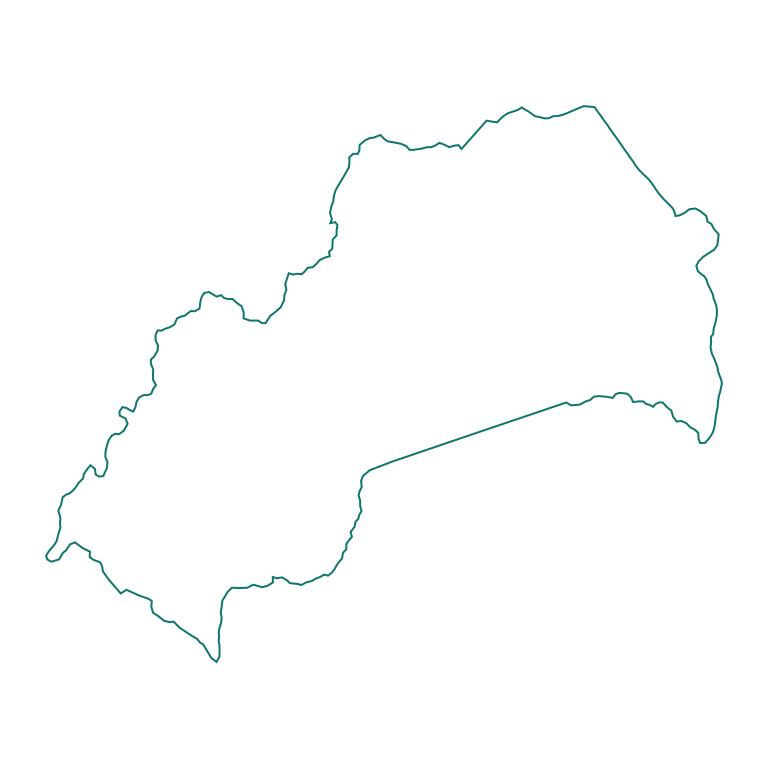 Jacaraci, Bahia, Brazil
{"feature_id": "56859067B69691333207758", "entity_name": "Jacaraci", "entity_type": "district", "adm_level": 2, "iso_a3": "BRA", "parent_name": "Brazil", "parent_adm1": "Bahia", "projection": "robinson", "projection_center": [-42.339, -14.806], "detail": "fine", "context": "isolated", "style": "outline", "palette": "teal", "viewbox_px": 768, "rotation_deg": 0, "n_neighbors": 0, "source": "geoboundaries", "source_scale": "gbopen_adm2", "svg_char_len": 4916}
<svg xmlns="http://www.w3.org/2000/svg" viewBox="0 0 768 768"><path d="M380.4,135.0L376.5,136.5L373.4,137.7L369.7,138.1L364.9,140.5L359.6,145.0L359.4,150.4L357.8,153.8L353.1,153.8L349.3,157.4L349.4,162.9L348.8,167.7L346.8,171.0L344.6,175.0L342.1,179.2L340.2,182.4L337.8,186.3L335.3,191.0L333.8,196.4L333.3,201.4L331.3,206.5L330.0,213.0L331.9,219.1L330.3,223.1L335.3,222.2L337.4,225.1L336.6,230.4L336.6,235.4L332.8,239.4L332.5,243.8L332.3,248.8L329.0,251.8L329.8,256.2L324.3,257.8L319.5,260.2L316.9,263.4L312.9,267.1L307.6,267.9L304.4,271.9L301.5,274.2L296.6,273.8L293.2,274.6L288.8,273.3L286.9,278.8L285.2,284.3L286.4,289.8L284.4,295.1L284.1,300.2L280.8,307.2L275.7,311.7L270.2,315.9L267.6,319.9L265.6,323.1L261.9,323.1L258.2,320.6L253.6,320.6L250.0,320.6L243.6,318.4L243.7,312.4L241.6,306.3L236.1,302.3L232.5,299.0L227.9,299.1L223.9,297.9L221.2,295.2L216.6,296.6L213.5,294.7L208.9,292.0L204.3,292.9L201.8,296.6L200.5,301.0L199.5,308.5L194.9,311.3L191.2,310.9L188.1,313.0L185.2,315.5L181.0,316.6L177.1,318.4L174.2,324.7L169.7,327.3L165.2,328.7L161.7,330.6L157.7,330.4L155.5,335.2L155.7,340.7L158.1,345.5L157.5,350.8L154.2,356.4L150.9,359.6L150.9,363.9L153.2,369.3L153.0,375.1L153.1,379.9L156.0,385.1L153.1,389.1L151.2,393.7L147.8,395.2L143.9,395.0L139.0,397.5L136.4,402.2L135.4,407.3L133.2,411.6L129.5,409.9L126.2,407.8L122.3,407.2L119.4,411.8L119.9,415.7L125.6,418.5L127.6,423.8L125.7,427.3L123.6,430.9L119.0,434.2L115.2,433.8L111.7,435.7L108.7,440.1L107.1,445.1L105.6,451.0L105.3,456.7L107.5,462.2L106.9,468.0L105.3,471.5L103.3,476.1L98.9,476.5L95.6,474.4L95.0,468.9L90.4,465.3L87.3,469.0L83.8,474.2L83.1,478.5L79.0,482.4L75.4,487.7L72.4,491.1L69.4,493.5L66.1,494.6L62.6,497.4L61.1,504.5L58.3,510.9L60.4,517.7L60.0,523.3L60.4,527.9L58.5,533.4L56.7,540.9L54.7,544.3L51.9,547.7L48.7,551.5L46.1,555.8L47.3,559.4L51.4,561.7L59.2,559.4L62.7,553.1L66.0,550.4L70.1,544.3L75.0,542.4L82.7,548.1L89.9,551.6L89.7,557.1L93.4,559.8L100.2,562.3L102.2,566.6L102.9,571.4L108.8,579.7L117.3,589.4L120.7,593.5L126.4,589.8L139.6,595.7L148.0,598.6L151.8,600.9L151.3,606.5L153.0,612.7L158.1,616.0L164.2,620.8L169.3,622.1L173.5,621.6L177.0,625.0L179.7,627.8L191.3,635.5L196.8,638.6L199.9,642.4L203.2,644.5L211.5,658.2L216.5,661.9L219.4,656.7L219.6,650.6L219.4,644.8L218.6,640.6L219.2,636.9L218.7,632.3L219.4,628.3L221.0,623.4L221.7,617.9L220.7,612.9L221.5,607.8L222.4,600.5L225.2,596.1L227.4,592.1L232.0,587.7L237.7,588.1L242.5,587.9L246.9,587.9L253.2,584.7L257.9,586.0L262.1,587.2L267.6,585.8L272.9,582.4L272.8,577.0L276.9,578.3L282.1,577.4L287.2,580.5L289.8,583.1L293.3,583.5L297.7,584.0L301.5,585.0L306.3,582.3L312.0,581.0L315.6,578.7L320.1,577.0L324.1,574.7L328.1,575.6L332.0,572.6L334.7,569.0L337.1,564.4L342.1,558.3L343.0,552.7L346.3,549.3L346.4,543.9L349.4,539.7L351.9,536.8L350.6,531.9L354.5,526.9L355.6,521.5L358.2,519.1L359.3,514.7L361.5,511.4L360.2,506.1L360.1,500.3L358.6,495.4L359.5,491.4L361.7,487.1L361.1,480.9L362.9,476.1L365.7,473.7L369.6,470.3L391.9,461.7L416.5,453.3L495.0,426.6L566.3,402.5L570.9,405.3L575.0,405.0L579.9,404.6L585.5,401.5L590.2,400.0L593.9,396.7L599.0,396.1L606.1,396.7L612.8,397.9L615.4,394.4L618.9,392.9L623.6,393.3L627.1,393.7L630.7,396.9L633.2,402.1L638.4,401.4L643.2,401.4L646.2,404.0L649.7,404.9L653.1,406.8L655.7,404.0L659.4,402.3L662.9,402.6L666.7,407.0L671.3,410.5L673.1,416.8L676.7,421.5L681.4,421.0L686.2,423.1L690.3,427.3L694.7,429.6L698.3,432.9L698.5,438.8L700.2,443.0L705.2,442.8L708.5,439.0L711.1,435.5L712.9,432.2L714.3,427.5L715.1,422.9L715.6,418.1L716.8,411.2L717.7,406.8L718.1,400.9L718.8,396.3L720.3,391.2L721.9,383.6L721.2,379.7L719.7,376.0L718.3,372.1L717.4,367.0L715.3,361.4L713.9,357.9L712.0,353.9L710.6,348.0L711.1,341.7L710.9,337.1L713.1,334.0L713.7,328.7L715.6,322.0L716.8,315.6L716.9,309.3L715.9,304.4L713.7,299.0L712.8,294.3L710.4,289.3L707.6,283.6L706.5,279.6L704.4,276.4L701.4,274.2L697.9,271.3L696.3,266.0L698.7,261.4L702.7,257.2L708.0,253.6L714.2,249.7L717.3,245.3L718.0,240.0L718.7,234.4L713.7,228.7L711.5,224.1L707.5,221.6L706.3,216.0L700.5,211.3L695.4,208.5L689.4,209.2L684.4,213.0L679.7,215.3L675.6,216.0L674.1,210.7L672.1,207.5L668.4,203.8L663.6,199.1L659.4,194.3L656.4,190.1L654.3,187.0L652.1,183.8L649.4,180.1L646.0,176.7L642.9,173.8L639.3,170.2L635.9,166.0L633.0,161.4L630.4,157.9L627.8,154.0L625.3,150.7L623.1,147.5L620.9,144.2L618.3,140.6L615.8,136.9L613.2,133.5L610.1,129.1L607.0,124.3L604.0,120.5L601.5,116.7L598.5,112.8L594.5,107.1L583.9,106.1L580.3,107.5L574.8,109.8L570.9,111.5L566.9,113.2L562.9,114.7L558.4,115.9L552.8,116.3L549.1,118.2L544.6,118.4L539.6,117.1L535.1,116.3L528.8,111.7L524.8,109.4L521.7,107.5L517.8,110.0L512.5,111.7L508.0,113.2L503.7,115.9L500.5,118.8L497.1,122.4L486.5,120.7L461.5,149.0L458.6,145.2L454.7,145.6L449.2,147.1L443.7,144.4L439.4,142.9L434.9,145.7L431.5,147.1L426.8,147.3L420.8,148.8L412.9,149.9L409.3,149.7L406.6,146.3L401.0,143.8L387.7,141.3L384.2,138.9L380.4,135.0Z" fill="none" stroke="#0f766e" stroke-width="2"/></svg>